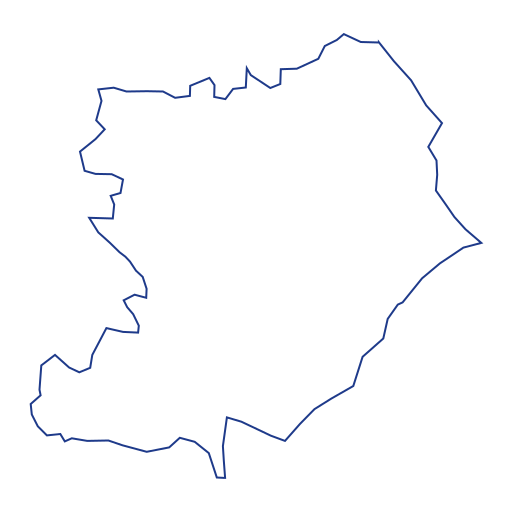 Drymou, Paphos, Cyprus (Robinson projection)
{"feature_id": "46923920B67482680261453", "entity_name": "Drymou", "entity_type": "district", "adm_level": 2, "iso_a3": "CYP", "parent_name": "Cyprus", "parent_adm1": "Paphos", "projection": "robinson", "projection_center": [32.5, 34.923], "detail": "fine", "context": "isolated", "style": "outline", "palette": "blue", "viewbox_px": 512, "rotation_deg": 0, "n_neighbors": 0, "source": "geoboundaries", "source_scale": "gbopen_adm2", "svg_char_len": 1475}
<svg xmlns="http://www.w3.org/2000/svg" viewBox="0 0 512 512"><path d="M98.3,89.4L101.5,100.9L96.2,120.3L104.7,129.3L95.5,139.1L80.0,151.6L84.6,170.8L95.5,173.9L111.7,174.2L123.0,179.5L120.5,193.0L110.7,195.8L114.2,204.5L112.8,218.5L89.2,217.8L98.3,232.4L109.9,242.8L119.5,252.2L125.4,256.7L130.0,261.6L136.0,270.7L142.7,276.9L146.6,288.8L146.2,297.8L134.6,294.7L123.7,300.3L127.2,307.2L133.2,314.2L138.8,325.7L138.1,332.6L123.0,331.9L106.4,328.1L98.0,344.1L92.3,354.9L90.2,367.8L79.3,372.3L69.1,367.5L55.0,354.9L41.3,365.4L39.5,389.7L40.6,395.3L30.7,404.0L31.8,414.5L37.8,426.3L46.9,435.4L60.3,434.0L64.8,441.4L71.8,438.3L87.3,440.9L108.4,440.5L122.5,445.3L146.7,451.8L169.2,447.4L179.8,437.8L194.7,441.8L208.8,453.1L216.8,477.5L224.1,477.9L225.1,477.9L223.8,460.5L222.9,446.1L226.9,417.4L241.4,421.7L270.9,435.7L285.0,440.9L300.0,423.9L314.5,409.1L331.3,398.6L353.3,386.0L362.6,356.8L383.3,338.5L387.7,318.9L397.8,304.6L402.6,302.4L422.1,278.3L440.0,263.3L453.2,254.5L463.4,247.6L481.3,242.9L465.5,229.3L454.4,217.0L445.5,204.1L435.9,190.5L437.2,174.8L436.5,160.5L428.3,146.9L442.0,123.1L426.2,105.4L411.1,80.3L393.9,61.2L378.9,42.3L378.9,42.5L360.8,42.0L343.8,34.1L336.8,40.0L324.8,46.0L318.3,58.8L296.8,68.7L280.8,69.2L280.3,84.0L270.3,88.0L250.8,75.1L246.8,68.2L245.8,87.5L233.1,88.9L225.4,99.1L214.2,96.9L214.5,85.1L209.4,77.9L190.2,85.8L189.9,95.9L175.1,97.8L163.0,91.5L147.0,91.2L126.5,91.5L113.7,87.7L98.3,89.4Z" fill="none" stroke="#1e3a8a" stroke-width="2"/></svg>